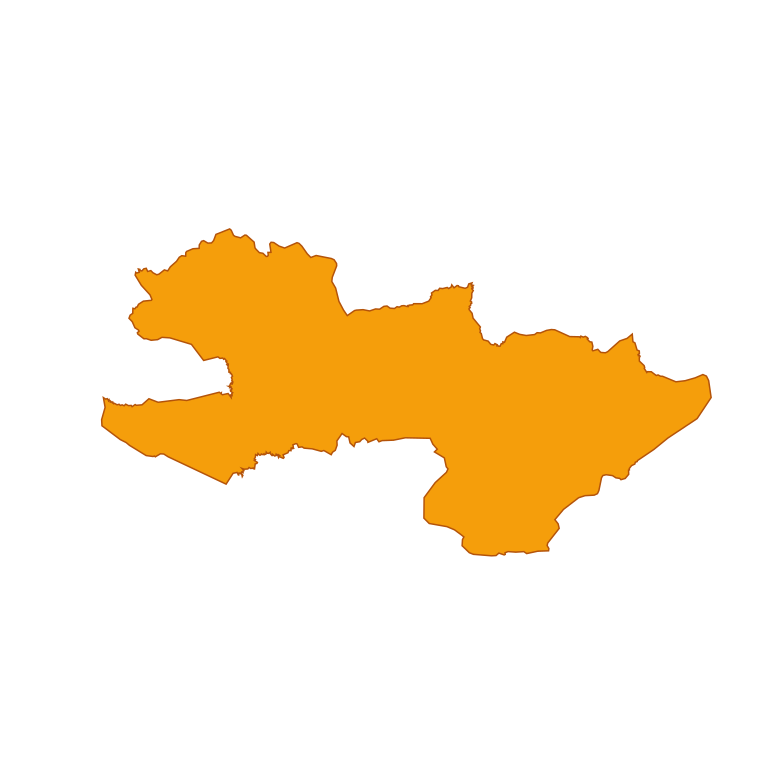 Erawan, Loei, Thailand (Mercator projection), rotated 130°
{"feature_id": "78962969B28697465385872", "entity_name": "Erawan", "entity_type": "district", "adm_level": 2, "iso_a3": "THA", "parent_name": "Thailand", "parent_adm1": "Loei", "projection": "mercator", "projection_center": [101.991, 17.279], "detail": "fine", "context": "isolated", "style": "filled", "palette": "amber", "viewbox_px": 768, "rotation_deg": 130, "n_neighbors": 0, "source": "geoboundaries", "source_scale": "gbopen_adm2", "svg_char_len": 6171}
<svg xmlns="http://www.w3.org/2000/svg" viewBox="0 0 768 768"><g transform="rotate(130 384 384)"><path d="M279.7,140.6L260.7,135.2L242.9,131.8L209.2,121.9L184.1,124.7L172.7,137.5L170.7,142.1L171.8,145.8L179.3,149.6L187.9,155.4L194.7,161.8L199.0,175.5L200.3,177.2L200.9,179.9L202.5,180.9L202.8,187.1L205.3,190.2L206.2,190.1L204.8,194.6L203.8,194.9L202.7,196.6L202.3,203.1L199.8,205.3L198.1,205.7L197.9,207.0L198.8,207.3L198.2,208.3L196.4,208.0L194.6,209.7L195.3,212.0L191.2,218.2L191.6,220.5L186.2,225.9L192.8,227.1L199.5,231.1L215.4,233.4L217.8,234.5L220.5,238.3L220.0,242.5L224.3,245.3L224.1,246.4L220.9,248.2L218.3,251.7L219.4,253.6L218.9,257.2L218.0,256.9L217.7,257.9L218.1,260.4L220.0,261.5L220.8,264.0L222.3,263.6L222.2,264.6L228.3,272.2L232.7,288.0L234.7,290.8L238.4,293.9L244.3,297.0L246.3,299.7L249.3,300.4L255.4,306.2L258.7,311.9L260.5,317.4L269.2,320.1L274.6,318.5L275.3,320.0L276.7,318.9L277.7,320.1L280.5,319.4L281.6,320.9L281.2,322.1L282.0,322.2L281.3,323.1L281.7,325.0L283.6,325.0L285.0,327.7L284.2,331.8L286.2,336.1L285.9,337.7L282.8,342.0L282.8,343.6L281.2,344.3L280.2,346.2L278.4,346.8L276.3,358.1L273.2,362.0L272.3,366.6L271.4,367.4L270.2,367.1L269.7,368.6L268.1,368.2L266.6,369.2L265.8,368.7L264.8,369.7L265.0,371.2L261.6,372.2L258.0,375.1L255.0,375.7L254.6,378.1L253.7,378.3L253.4,377.5L252.5,378.1L252.7,379.4L251.1,379.1L252.0,381.0L250.0,381.6L252.8,383.4L256.1,382.2L258.5,383.3L261.4,389.2L260.9,390.1L261.6,391.3L265.3,392.2L264.5,395.8L266.6,394.9L269.3,395.8L269.4,397.6L273.2,400.4L274.9,402.9L277.6,402.7L279.3,404.9L283.8,406.1L285.0,404.5L287.3,404.4L287.6,403.4L291.8,403.0L298.0,406.4L303.4,412.9L304.9,412.9L307.5,415.5L309.0,415.3L308.9,416.2L309.8,416.1L311.1,419.1L312.7,420.7L315.3,421.7L316.4,423.7L319.4,424.5L322.0,428.1L322.3,431.8L324.6,434.0L329.6,435.5L331.9,438.7L337.3,442.0L340.5,447.8L345.1,452.6L346.7,453.8L355.2,456.1L353.4,462.5L349.7,471.6L341.6,482.7L339.0,489.9L335.5,492.2L323.9,496.2L322.2,497.8L320.9,502.1L321.7,505.0L329.2,518.6L334.1,521.4L333.6,526.5L331.2,535.5L330.9,539.5L331.7,541.5L343.7,547.5L345.8,553.0L346.5,559.4L348.0,561.6L350.2,561.5L355.8,555.2L357.8,557.5L359.8,555.4L361.1,555.3L362.0,556.2L361.7,560.8L363.5,563.9L363.0,568.8L362.6,570.4L358.8,574.7L358.5,585.0L359.3,586.3L364.2,587.8L366.7,593.1L366.8,594.9L364.4,599.9L364.4,601.9L377.4,608.9L383.7,606.7L386.8,606.8L389.3,609.5L390.1,614.3L392.0,615.5L396.2,614.9L398.9,612.8L403.2,617.3L409.3,620.4L410.7,620.3L413.6,618.1L415.7,621.4L418.5,622.3L423.4,621.8L431.5,623.0L436.4,622.4L437.8,625.6L444.5,627.0L446.4,628.3L447.3,632.5L447.0,635.5L449.7,637.4L448.2,640.5L450.1,642.0L453.0,642.2L453.9,643.7L453.1,644.6L453.8,646.1L455.7,643.3L458.0,644.8L458.0,646.0L460.6,644.6L464.4,633.3L466.1,620.6L468.4,616.1L469.4,616.0L475.2,621.6L480.7,623.3L483.7,622.6L484.4,623.3L486.5,623.2L487.4,625.0L491.4,621.9L494.5,622.7L497.6,621.6L498.1,616.9L501.0,611.0L500.5,606.8L501.0,605.6L503.3,605.9L504.0,604.7L503.7,597.0L502.0,595.1L500.2,590.5L495.5,585.9L491.0,584.1L486.3,577.7L477.4,557.0L481.9,537.3L470.0,528.7L469.8,526.1L467.8,524.2L468.1,522.7L467.0,522.5L467.4,520.2L468.1,519.8L467.6,519.1L468.7,518.7L469.2,516.5L470.2,516.8L470.2,515.8L469.4,515.7L472.3,513.6L472.5,512.2L474.6,510.4L473.8,509.1L474.8,508.4L474.3,507.4L475.4,505.1L477.1,505.1L478.0,503.4L479.0,502.8L479.2,503.3L479.3,501.7L479.9,501.6L479.4,500.7L480.6,501.5L480.6,500.6L481.7,500.3L482.3,501.8L484.6,501.1L484.6,500.3L485.6,501.4L485.3,500.1L485.9,499.8L484.9,499.1L485.4,497.4L486.0,497.8L486.7,497.0L487.4,497.7L488.1,496.9L488.0,494.3L489.2,494.4L490.0,493.4L490.6,494.1L490.9,493.2L491.4,493.8L492.5,492.6L491.5,497.3L496.1,500.9L496.2,502.3L495.4,502.9L496.1,503.0L496.2,504.9L523.4,524.5L527.7,530.9L543.2,545.3L546.4,554.6L555.5,556.0L559.5,560.0L559.7,561.4L563.3,562.4L562.9,563.9L564.8,565.8L565.5,568.9L567.7,569.1L568.3,571.2L569.9,572.2L569.8,573.9L571.5,575.1L572.1,578.1L572.9,578.5L572.2,580.1L573.0,580.1L572.8,581.1L573.7,581.9L572.9,582.4L572.9,583.5L573.9,583.9L572.7,584.8L573.5,585.2L573.1,586.6L574.5,587.5L574.8,590.2L581.2,582.6L592.8,577.4L597.3,573.2L596.1,550.3L594.6,543.9L594.6,539.6L591.7,520.2L588.0,514.3L586.8,513.6L586.8,512.4L581.2,510.4L579.2,507.7L578.5,502.5L562.2,440.6L549.4,442.2L546.2,439.7L547.3,437.1L546.9,436.8L545.7,438.0L545.0,437.3L544.7,434.8L546.0,433.1L544.7,433.4L543.9,436.4L542.8,436.5L542.4,435.1L541.7,436.0L540.5,435.6L540.0,438.6L539.2,436.4L536.6,433.7L534.7,433.7L534.4,431.8L532.3,430.0L532.8,429.6L532.3,428.6L528.0,431.3L526.5,430.3L525.4,430.6L525.9,434.1L524.6,433.9L524.8,435.2L522.8,435.5L520.6,437.0L520.2,435.1L518.2,435.9L518.5,433.7L517.7,432.8L516.5,433.0L515.9,431.2L514.6,431.1L515.0,430.2L513.5,429.4L511.9,430.4L512.2,429.1L511.3,427.8L509.5,427.3L510.5,426.3L510.8,423.8L510.3,423.4L509.5,424.2L509.4,421.4L508.5,420.9L507.1,421.5L507.4,420.2L506.1,419.9L505.9,418.2L507.1,419.0L508.1,417.5L507.0,417.7L505.7,413.4L504.6,413.3L503.1,415.8L498.4,413.4L496.2,414.1L494.8,412.4L493.7,413.5L491.9,412.2L492.2,413.5L490.8,412.7L489.1,414.7L486.2,413.1L485.8,411.9L487.4,408.7L484.8,406.3L484.5,404.0L479.8,397.3L475.9,388.8L473.6,387.3L472.1,379.0L469.4,379.6L466.1,378.7L461.0,380.6L457.9,383.5L448.9,384.3L448.5,379.0L447.2,377.1L451.0,372.1L451.2,366.8L447.2,368.3L443.8,365.5L440.8,365.4L437.9,364.1L438.2,359.7L439.0,358.8L430.6,354.4L431.5,350.7L428.6,349.1L420.9,340.6L411.5,333.1L395.9,313.7L398.7,307.9L399.7,301.3L403.6,301.7L401.8,290.3L407.4,283.1L407.9,280.4L411.6,279.4L426.5,281.4L445.3,280.2L461.1,267.2L461.8,259.7L452.8,244.1L450.4,236.3L449.9,228.4L449.8,224.5L452.7,223.9L457.7,220.2L458.4,210.2L457.0,206.0L446.5,191.2L443.4,187.9L439.7,187.3L437.7,182.1L436.6,181.6L435.5,182.8L432.7,181.3L428.1,175.0L422.5,169.1L422.2,165.7L413.2,158.7L406.0,150.7L404.1,151.9L402.9,155.2L400.5,156.4L382.0,157.0L379.2,160.7L378.1,165.9L364.7,165.9L346.0,161.8L340.3,158.2L334.0,151.5L330.8,150.0L327.5,150.9L316.0,157.1L313.4,157.5L310.7,155.5L307.3,150.1L306.8,146.0L304.8,142.8L305.0,141.0L301.3,138.5L295.9,138.5L292.8,141.3L292.1,140.8L291.0,141.8L287.4,141.9L284.1,140.4L282.4,141.2L280.7,140.2L279.7,140.6Z" fill="#f59e0b" stroke="#b45309" stroke-width="1.5"/></g></svg>